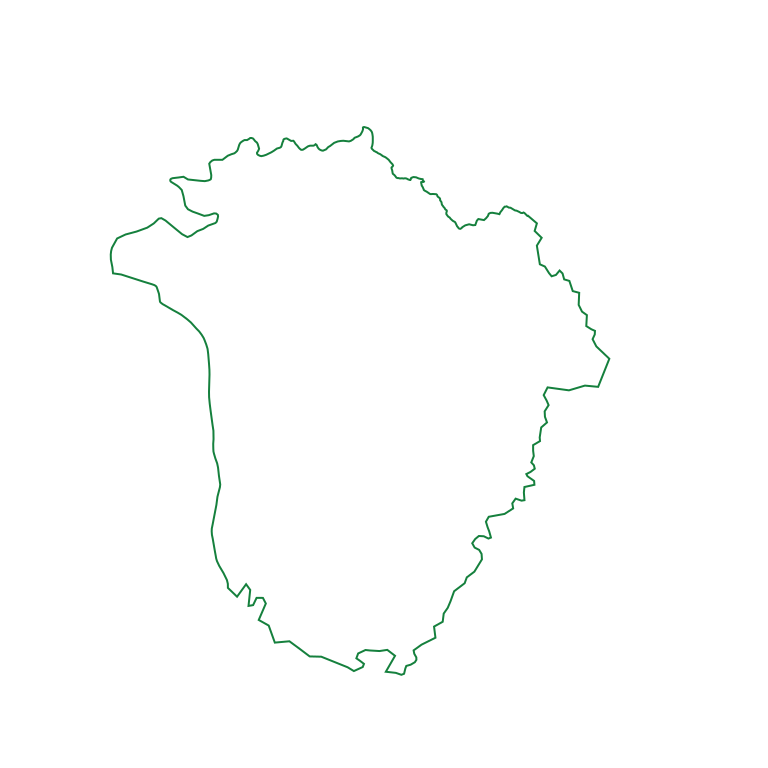 the district of Chapicuy, Paysandú, Uruguay, rotated 339°
{"feature_id": "84410073B18564201435230", "entity_name": "Chapicuy", "entity_type": "district", "adm_level": 2, "iso_a3": "URY", "parent_name": "Uruguay", "parent_adm1": "Paysandú", "projection": "mercator", "projection_center": [-57.843, -31.658], "detail": "fine", "context": "isolated", "style": "outline", "palette": "green", "viewbox_px": 768, "rotation_deg": 339, "n_neighbors": 0, "source": "geoboundaries", "source_scale": "gbopen_adm2", "svg_char_len": 6166}
<svg xmlns="http://www.w3.org/2000/svg" viewBox="0 0 768 768"><g transform="rotate(339 384 384)"><path d="M460.0,546.4L461.0,541.4L465.8,538.2L470.6,542.2L473.5,542.8L475.7,535.4L478.2,530.5L488.3,532.0L489.4,528.3L484.9,521.6L484.6,519.1L489.3,518.6L494.4,517.1L494.8,513.6L493.4,510.0L498.0,505.0L499.3,499.8L501.3,494.5L509.2,493.2L510.2,489.7L515.2,480.9L522.4,478.3L522.5,472.3L524.2,467.1L530.1,462.7L529.9,457.9L529.1,451.6L535.5,445.8L554.4,456.2L571.0,457.5L582.9,463.4L603.4,441.2L595.7,425.0L594.8,416.9L598.5,413.3L600.0,410.0L597.2,407.2L593.6,402.4L598.1,392.4L594.8,387.4L594.1,379.9L598.9,368.8L593.5,364.9L594.0,354.2L589.7,350.9L590.3,344.8L588.6,341.0L583.6,343.8L579.1,343.5L577.8,339.6L576.3,332.0L572.4,328.1L576.3,309.6L583.6,304.0L579.5,295.1L584.3,288.8L578.7,278.5L578.1,278.5L576.4,274.7L575.7,273.9L574.5,274.0L573.2,273.4L572.0,271.9L569.9,269.7L568.5,268.9L565.3,264.8L563.7,264.0L562.2,262.1L561.4,262.1L560.2,261.7L558.5,262.5L556.6,263.9L554.2,265.3L552.6,266.8L550.9,265.6L546.6,263.0L544.6,262.4L542.8,262.6L541.2,264.4L538.7,265.8L536.1,266.8L531.2,263.8L529.2,264.8L526.2,268.3L524.0,267.7L520.7,265.4L516.7,265.0L513.2,265.7L512.8,266.0L512.0,266.3L511.0,266.5L510.5,266.3L509.8,265.8L509.5,265.3L509.4,264.9L509.3,264.3L508.8,263.1L508.5,259.2L508.4,258.5L508.2,258.1L506.7,256.3L505.4,253.7L505.0,252.2L503.9,250.7L503.2,248.3L503.1,247.7L503.4,246.9L503.7,246.3L504.7,245.0L504.7,244.3L503.8,242.9L503.6,241.3L503.0,239.9L502.9,239.1L502.5,238.1L502.4,236.7L502.7,235.6L502.8,234.7L502.3,232.8L502.3,232.3L502.6,231.7L502.7,231.2L502.5,230.2L501.4,228.5L501.2,227.9L501.3,226.8L501.2,226.2L500.7,225.5L497.7,224.1L495.7,223.5L495.0,223.0L492.8,219.8L491.4,218.2L490.9,217.5L490.7,217.0L490.8,216.5L490.7,214.5L490.6,213.4L490.3,212.3L490.5,211.5L490.6,210.6L490.8,209.5L491.0,208.9L491.3,208.9L492.2,209.1L493.2,209.5L493.6,209.5L493.9,209.3L493.8,209.0L493.4,208.5L493.4,208.1L493.3,207.6L493.5,206.7L492.9,206.3L492.2,206.0L490.4,204.8L489.6,204.1L488.9,203.4L488.1,202.6L485.8,201.4L485.0,201.3L484.5,201.4L483.6,201.3L483.2,201.4L482.7,201.9L482.2,202.7L481.7,203.0L481.4,202.9L479.8,201.6L478.7,200.3L478.0,199.8L476.7,199.3L475.9,199.2L474.7,198.5L473.2,198.0L472.2,197.6L471.4,197.0L470.4,196.6L469.8,196.1L469.5,195.7L469.0,193.8L468.6,192.7L467.6,190.9L467.6,190.4L468.2,187.5L468.3,185.7L468.4,185.1L468.6,184.6L468.9,184.4L469.6,184.2L470.4,183.7L470.8,183.3L470.7,182.2L470.6,181.7L469.6,179.4L468.7,176.3L467.0,173.4L466.5,172.7L464.3,170.5L463.9,169.6L462.5,167.7L461.9,167.2L460.8,166.0L460.4,165.1L459.4,164.2L459.0,163.6L458.3,163.0L457.0,160.1L456.9,159.4L457.1,158.7L457.7,158.2L458.7,156.9L459.9,154.8L460.7,152.9L462.1,149.2L462.6,147.1L462.9,145.5L462.9,143.9L462.4,142.2L461.6,140.7L460.8,139.4L457.6,137.0L456.7,136.8L456.2,137.1L455.7,138.7L454.3,140.4L451.6,142.7L450.6,143.2L448.4,143.6L444.8,143.6L443.1,144.5L440.2,145.1L438.3,145.0L433.1,142.3L430.7,141.6L427.8,141.0L426.2,141.0L423.9,141.0L418.9,142.5L416.9,142.8L414.0,144.2L410.6,144.3L409.3,143.5L407.9,142.0L407.3,140.8L406.9,139.3L406.8,137.1L406.6,136.3L406.0,135.6L405.1,136.1L404.3,136.2L403.5,136.2L400.4,135.0L399.0,134.9L398.1,134.9L394.0,135.9L392.1,136.2L390.6,135.7L389.8,134.4L389.2,133.1L388.5,130.6L387.5,128.2L386.9,125.2L386.5,124.4L384.4,123.8L382.3,121.2L381.2,119.9L380.5,119.7L379.2,119.5L378.1,119.6L377.5,120.1L376.9,121.2L375.9,122.0L373.5,125.2L372.6,125.9L371.3,126.1L368.5,125.8L364.6,126.8L361.9,127.3L356.2,127.8L353.5,127.7L351.1,127.3L349.7,126.3L348.4,124.8L348.0,123.6L348.3,122.6L350.3,121.1L351.7,119.6L352.1,114.9L351.9,113.1L350.8,111.2L349.8,108.0L348.6,106.9L347.3,106.4L345.9,106.8L343.6,107.2L341.2,106.3L340.0,106.4L337.7,106.9L336.3,107.4L334.9,108.5L334.2,109.3L331.5,112.8L330.3,113.8L328.1,114.7L326.8,115.0L323.9,114.8L320.0,114.9L313.5,116.8L305.9,113.9L303.8,113.8L301.4,114.6L299.8,115.7L297.6,127.1L296.6,129.4L295.6,130.8L294.3,131.0L292.9,131.0L289.4,130.4L285.4,128.5L274.3,122.8L271.1,118.7L266.3,117.6L260.4,116.1L258.8,116.1L257.9,116.5L257.5,117.1L257.3,117.8L257.6,118.9L262.0,124.7L263.1,126.6L264.7,130.4L264.1,136.7L262.4,146.2L263.6,150.6L267.1,154.5L271.2,158.0L276.4,162.6L280.9,163.6L286.5,163.8L288.4,164.7L289.5,166.5L289.2,168.0L287.9,170.0L286.0,172.5L284.3,173.3L276.7,173.1L270.8,174.4L264.5,174.4L257.5,176.3L253.2,176.4L249.2,171.8L244.8,164.1L238.6,153.1L235.6,149.4L233.0,148.9L226.6,151.6L219.0,153.2L207.6,153.0L196.3,151.8L187.0,152.5L178.9,159.3L176.9,162.1L175.3,165.2L173.6,170.0L172.3,177.5L170.7,183.6L177.9,187.6L195.8,202.0L203.1,207.7L205.2,209.5L205.6,210.1L206.0,210.6L206.4,211.5L206.5,212.2L206.3,217.9L206.2,219.4L205.9,220.6L204.4,226.7L204.5,227.6L205.6,229.5L206.2,230.4L207.4,231.8L213.4,239.3L217.0,243.5L219.6,246.8L223.5,253.1L225.8,257.4L228.7,265.0L230.3,268.7L231.4,272.6L232.1,276.3L232.2,278.3L232.2,283.3L231.9,287.7L231.6,289.1L230.6,293.1L227.8,302.7L226.1,308.2L224.5,312.6L217.9,328.4L216.0,333.6L214.2,340.1L212.6,346.6L209.3,360.6L208.0,366.5L205.1,374.4L203.1,378.7L201.4,383.4L200.6,385.9L200.3,388.1L199.9,393.0L199.8,398.3L199.1,402.6L197.0,410.6L195.1,419.1L193.8,421.6L191.0,425.5L188.1,429.6L184.2,436.8L173.7,453.7L171.4,457.3L170.3,459.9L169.3,463.2L168.7,466.9L166.1,480.0L165.3,484.3L164.8,486.8L164.6,489.5L165.0,494.8L166.4,503.0L167.1,510.8L166.6,514.6L165.2,518.4L170.6,529.9L183.5,521.5L185.3,528.3L178.0,542.6L182.6,543.5L188.4,538.0L194.3,540.3L195.0,546.6L182.5,559.4L189.8,568.2L189.4,586.3L203.5,590.3L210.9,601.9L217.0,611.7L227.7,616.1L248.5,635.4L253.0,641.2L262.7,640.6L265.0,638.1L262.3,633.7L259.9,630.2L263.3,626.3L271.4,625.7L275.3,627.7L284.1,631.7L291.8,633.4L296.9,641.7L282.6,653.3L291.5,657.9L296.0,661.7L298.9,661.7L302.0,657.2L303.8,655.2L308.3,655.6L313.1,654.8L315.4,653.1L316.2,650.8L315.6,646.7L316.2,643.3L325.6,640.8L341.1,639.3L343.8,628.4L353.6,627.0L357.5,619.7L363.3,615.8L368.3,610.6L375.2,602.6L387.9,598.9L392.0,594.2L401.1,591.6L412.6,582.8L414.2,577.6L413.4,573.0L410.0,569.2L409.3,564.3L413.6,561.4L418.1,559.9L422.6,561.9L426.1,565.7L428.8,565.7L429.4,559.3L429.4,554.8L429.8,549.1L434.2,545.5L450.0,548.5L460.0,546.4Z" fill="none" stroke="#15803d" stroke-width="2"/></g></svg>